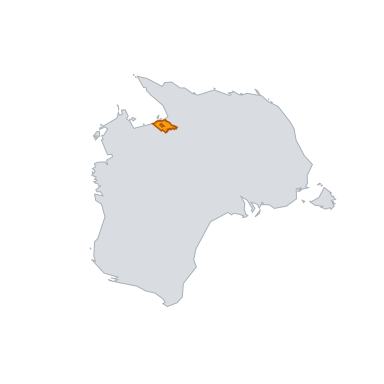 location of Burke, Queensland, Australia, rotated 309°
{"feature_id": "25037944B14025919363288", "entity_name": "Burke", "entity_type": "district", "adm_level": 2, "iso_a3": "AUS", "parent_name": "Australia", "parent_adm1": "Queensland", "projection": "natural_earth1", "projection_center": [139.379, -18.061], "detail": "fine", "context": "in_parent", "style": "filled", "palette": "amber", "viewbox_px": 384, "rotation_deg": 309, "n_neighbors": 0, "source": "geoboundaries", "source_scale": "gbopen_adm2", "svg_char_len": 6190}
<svg xmlns="http://www.w3.org/2000/svg" viewBox="0 0 384 384"><g transform="rotate(309 192 192)"><path d="M251.9,85.5L255.3,102.6L259.7,101.8L264.6,106.8L265.4,117.3L268.3,120.9L268.9,130.6L271.0,135.6L285.2,145.0L290.6,160.3L292.2,161.1L292.5,158.4L295.6,161.2L296.1,159.8L297.3,167.6L299.1,170.0L303.1,172.4L310.7,185.6L310.1,194.4L312.7,204.9L308.1,224.7L305.1,231.9L297.9,240.1L291.0,256.2L289.1,268.3L277.3,271.1L271.3,276.3L267.6,276.8L268.6,279.8L263.0,275.4L263.8,274.4L263.5,273.3L262.4,273.3L260.5,275.2L259.1,274.0L261.5,272.3L260.2,270.9L252.4,277.5L240.3,274.2L231.0,266.2L230.7,260.0L226.3,254.4L228.2,254.6L228.1,252.9L221.8,254.6L223.6,250.4L221.2,244.3L218.9,251.2L214.3,251.9L215.0,249.6L217.2,249.6L220.3,240.1L219.4,232.9L216.2,240.4L211.6,243.3L208.5,247.8L209.0,250.1L207.1,249.8L204.0,247.3L205.9,247.2L204.5,242.8L201.6,237.7L199.1,237.1L198.7,232.7L180.5,225.1L150.1,230.9L140.5,236.0L136.5,242.5L115.3,242.9L104.3,250.6L96.5,250.1L87.4,244.9L86.9,239.6L89.1,240.5L90.7,237.3L90.1,226.6L86.0,218.5L84.1,208.3L72.9,187.1L76.9,189.4L74.3,182.9L76.1,186.7L79.1,187.9L73.6,174.6L76.4,156.3L77.3,160.6L80.5,155.9L92.2,147.6L96.4,148.1L117.8,140.1L125.6,129.4L124.9,122.5L129.1,117.5L132.9,125.2L134.7,120.9L132.3,117.9L133.0,116.0L140.0,117.2L137.8,116.5L139.2,113.4L137.9,110.7L141.7,110.4L140.3,108.4L143.4,108.1L142.3,105.2L145.0,101.9L145.2,103.9L147.4,103.6L147.5,99.9L150.7,101.2L152.7,98.3L156.1,100.3L160.7,105.5L159.9,109.6L163.0,105.6L169.4,108.2L170.7,106.0L167.8,102.9L175.3,88.9L176.8,89.8L179.3,86.3L180.2,87.8L188.0,86.7L187.7,83.4L182.5,80.9L183.4,80.0L202.1,87.2L207.6,84.6L206.2,87.3L208.6,88.9L211.3,85.6L213.8,88.3L210.9,94.6L207.6,95.1L207.8,99.6L204.8,106.7L221.8,119.5L226.4,120.8L227.9,123.8L235.5,125.9L241.0,114.9L241.4,98.7L242.3,92.6L244.2,91.1L242.8,88.4L247.5,76.7L251.9,85.5ZM258.8,290.6L267.8,294.1L278.6,291.9L279.0,301.5L278.3,299.8L277.2,301.8L276.7,308.2L273.0,305.6L270.4,311.4L265.8,310.9L266.8,309.3L262.8,306.6L261.3,301.6L263.1,302.5L259.0,295.7L258.8,290.6ZM173.7,80.1L179.1,80.1L180.8,81.8L177.2,85.3L173.7,80.1ZM212.3,256.6L221.4,256.3L217.5,257.9L212.3,256.6ZM212.4,98.7L213.5,102.2L210.1,101.6L210.7,99.1L212.4,98.7ZM310.2,184.0L310.1,180.0L311.5,176.7L312.0,179.1L310.2,184.0ZM276.2,284.9L279.2,285.7L279.3,287.1L276.2,284.9ZM173.2,81.1L175.1,84.5L171.7,84.3L173.2,81.1ZM255.7,285.5L254.0,285.2L254.9,282.9L255.7,285.5ZM230.6,118.0L229.0,119.1L227.3,119.6L228.1,117.7L230.6,118.0ZM72.9,186.2L71.5,184.3L71.3,182.5L71.5,182.4L72.9,186.2ZM278.6,288.4L279.7,289.3L277.5,288.5L278.6,288.4ZM298.4,168.1L299.6,168.1L299.6,169.9L298.4,168.1ZM269.3,130.4L270.8,131.5L270.5,132.1L269.3,130.4ZM272.8,309.0L272.9,310.6L271.8,310.1L272.8,309.0ZM312.0,195.9L312.0,198.1L311.8,198.0L312.0,195.9ZM187.4,79.9L186.5,79.0L187.1,78.5L187.4,79.9ZM212.6,80.1L211.2,81.9L212.8,78.8L212.6,80.1ZM312.2,193.2L311.6,194.0L312.0,193.2L312.2,193.2ZM214.6,112.0L213.9,112.3L214.3,111.5L214.6,112.0ZM209.8,98.6L208.8,98.8L209.4,97.7L209.8,98.6ZM84.5,147.7L84.3,149.1L83.9,149.0L84.5,147.7ZM245.9,75.8L245.9,77.0L245.5,76.2L245.9,75.8ZM262.4,273.9L262.7,274.6L262.3,274.4L262.4,273.9ZM210.9,82.4L209.1,83.6L211.0,82.1L210.9,82.4ZM142.4,103.5L141.8,104.3L142.2,103.4L142.4,103.5ZM273.5,307.9L272.9,308.2L273.2,307.6L273.5,307.9ZM229.8,122.2L228.8,122.1L229.4,121.4L229.8,122.2ZM138.9,109.8L138.4,110.2L138.4,109.1L138.9,109.8ZM277.9,304.6L277.1,305.1L277.4,304.2L277.9,304.6ZM246.5,72.6L246.4,73.4L245.9,73.0L246.5,72.6ZM262.0,274.9L262.7,275.6L261.5,275.4L262.0,274.9ZM286.9,144.9L286.3,144.9L286.5,144.0L286.9,144.9ZM292.0,158.3L291.6,158.3L291.9,157.5L292.0,158.3ZM259.2,289.4L259.0,290.0L258.8,289.3L259.2,289.4Z" fill="#d9dde1" stroke="#a8b0b8" stroke-width="1"/><path d="M220.3,118.2L220.3,129.9L221.8,130.0L221.5,134.2L222.2,134.2L222.2,134.5L223.2,134.5L223.5,134.9L224.0,134.5L224.5,134.6L224.8,134.0L224.6,133.9L224.9,133.5L225.0,133.4L225.9,134.6L226.3,134.1L226.8,134.8L226.7,134.8L226.3,135.1L226.7,135.5L227.3,134.9L227.7,135.2L227.5,135.6L227.3,136.1L227.5,136.2L227.4,136.3L227.5,136.4L227.6,136.8L229.7,137.0L229.6,137.9L229.5,138.9L231.1,139.0L231.1,139.9L231.7,139.9L231.7,139.7L232.8,139.8L232.8,139.7L232.8,139.3L232.7,139.3L232.7,139.2L232.7,138.9L232.6,138.7L232.7,138.4L232.6,138.2L232.4,138.1L232.5,137.9L232.4,137.8L232.5,137.8L232.5,137.7L232.4,137.6L232.2,137.3L232.2,137.1L232.2,136.9L232.0,136.6L232.0,136.4L232.1,136.2L231.9,136.0L231.9,135.9L231.7,135.8L231.7,135.7L231.8,135.6L231.7,135.5L231.5,135.4L231.4,135.3L231.4,135.2L231.2,135.0L231.2,134.9L231.3,134.9L231.3,134.7L231.2,134.7L231.2,134.4L231.1,134.2L231.1,133.9L231.1,133.7L231.1,133.4L231.2,133.2L231.3,133.0L231.4,132.9L231.5,132.7L231.5,132.4L231.6,132.2L231.6,131.9L231.7,131.6L231.7,131.4L231.7,131.2L231.6,130.9L231.7,130.7L231.7,130.4L231.7,130.2L231.8,130.0L231.7,129.9L231.7,129.7L231.5,129.3L231.4,129.2L231.3,128.8L231.3,128.7L231.2,128.3L231.1,128.2L231.2,128.3L231.3,128.2L231.2,128.0L230.9,128.0L230.9,127.9L231.0,127.7L230.9,127.6L231.0,127.4L230.9,127.2L231.0,127.2L231.1,126.9L231.1,126.7L231.1,126.4L231.2,126.5L231.3,126.5L231.3,126.4L231.2,126.3L231.2,126.2L231.3,126.1L231.3,125.9L231.2,125.8L231.2,125.6L230.9,125.6L230.7,125.4L230.4,125.4L230.2,125.3L230.1,125.2L230.0,124.9L229.8,124.9L229.7,124.8L229.6,124.6L229.4,124.5L229.4,124.4L229.1,124.3L229.1,124.5L229.1,124.4L228.9,124.2L228.4,124.2L228.2,124.1L228.0,123.9L227.8,123.8L227.7,123.7L227.6,123.4L227.5,123.1L227.4,123.0L227.4,122.9L227.3,122.7L227.3,122.3L227.2,122.3L227.3,122.3L227.2,122.2L227.3,121.9L227.3,121.7L227.3,121.8L227.3,121.7L227.2,121.6L226.9,121.6L226.9,122.1L225.6,121.1L225.6,120.6L225.4,120.5L225.3,120.4L225.1,120.4L224.9,120.3L224.8,120.2L224.7,120.2L224.4,120.1L224.3,119.9L224.3,120.0L224.3,119.9L224.1,119.8L223.7,119.9L223.3,119.9L223.2,119.9L222.9,119.9L222.6,119.7L222.4,119.6L222.2,119.7L221.7,119.4L221.3,119.2L221.2,119.1L220.8,118.8L220.8,118.7L220.7,118.6L220.6,118.4L220.3,118.2ZM225.6,128.8L225.5,128.7L225.5,128.4L225.3,128.2L225.1,128.1L224.9,128.1L224.7,128.1L224.4,128.0L224.4,127.9L224.2,127.9L223.9,127.9L223.9,127.7L224.0,124.8L224.8,124.8L225.4,125.2L225.8,125.2L225.6,128.8Z" fill="#f59e0b" stroke="#b45309" stroke-width="1.5"/></g></svg>